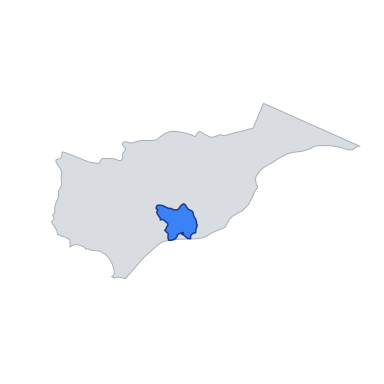 where Chaouia - Ouardigha sits in Morocco, rotated 202°
{"feature_id": "MAR-1449", "entity_name": "Chaouia - Ouardigha", "entity_type": "Region", "adm_level": 1, "iso_a3": "MAR", "parent_name": "Morocco", "parent_adm1": "", "projection": "albers", "projection_center": [-7.234, 33.091], "detail": "fine", "context": "in_parent", "style": "filled", "palette": "blue", "viewbox_px": 384, "rotation_deg": 202, "n_neighbors": 0, "source": "natural_earth", "source_scale": "10m", "svg_char_len": 4116}
<svg xmlns="http://www.w3.org/2000/svg" viewBox="0 0 384 384"><g transform="rotate(202 192 192)"><path d="M56.8,294.7L59.2,291.1L62.9,289.6L70.5,289.2L81.9,286.5L92.3,282.2L95.2,280.5L98.4,276.8L103.6,272.0L113.3,266.4L117.7,263.3L124.6,255.2L129.1,248.4L132.9,244.1L135.5,240.2L137.3,236.3L138.4,229.9L137.8,227.4L135.2,223.2L133.4,222.1L132.9,220.1L134.0,216.7L134.1,210.9L134.9,201.5L138.1,194.0L145.6,184.3L147.1,180.3L148.0,173.8L148.2,171.5L157.4,162.5L162.8,155.5L164.7,153.8L169.4,150.7L185.7,143.7L194.9,138.7L200.2,135.1L203.4,130.7L212.0,113.7L220.3,89.7L221.0,87.0L224.8,86.1L227.4,85.8L229.6,84.8L232.2,83.0L234.8,83.7L233.5,84.9L233.6,87.9L235.5,91.3L238.7,95.1L244.6,99.9L249.1,101.7L255.6,102.7L263.0,100.4L267.2,100.2L269.2,99.2L271.5,100.5L275.7,100.8L279.8,99.9L282.8,97.7L284.6,95.3L285.0,96.4L285.1,97.7L285.8,98.4L287.1,101.4L287.8,102.5L290.1,102.2L292.2,102.7L296.8,102.2L301.2,102.5L301.9,104.5L303.3,106.0L308.0,109.3L310.8,111.4L311.0,112.1L310.2,114.0L309.9,115.2L310.7,116.5L312.4,118.0L312.6,118.8L312.2,119.7L311.4,121.5L313.6,126.4L314.1,131.3L313.8,134.8L314.0,136.8L314.3,138.5L316.1,142.4L315.4,149.0L316.7,152.5L318.5,155.3L319.7,160.4L321.2,162.8L323.5,164.8L324.8,165.5L327.3,167.1L329.1,168.5L330.2,170.7L328.1,172.6L326.5,174.3L326.1,176.1L327.1,178.9L327.2,180.4L326.1,180.9L321.6,181.0L318.0,181.1L314.0,181.2L308.3,181.2L304.7,181.2L299.8,181.2L298.2,181.4L293.8,182.4L290.6,183.0L290.1,183.2L289.2,184.0L288.6,186.1L288.1,188.4L287.5,189.5L278.1,193.3L274.4,193.9L272.3,193.6L270.8,194.0L269.5,194.7L269.1,195.9L269.0,197.3L269.4,198.7L270.3,200.6L270.6,202.6L270.0,204.0L269.9,205.4L269.7,207.0L270.2,207.8L271.2,207.9L272.1,208.5L273.4,209.1L274.5,210.3L274.6,212.0L273.7,213.0L272.9,213.6L269.3,214.1L266.5,214.6L262.9,217.4L259.0,220.5L254.4,222.5L252.3,223.1L248.8,224.6L244.5,227.0L242.4,230.7L239.8,235.0L237.3,237.8L233.8,240.6L230.5,241.7L226.4,243.0L221.1,244.1L217.4,244.4L216.3,244.7L213.0,244.8L211.4,244.6L210.2,244.5L209.7,244.8L209.6,245.4L209.5,247.0L209.3,248.7L208.3,250.2L207.5,250.9L206.7,251.1L203.9,250.7L201.6,250.3L196.1,249.7L195.0,249.8L194.6,250.0L192.9,251.0L190.2,253.1L188.4,254.9L187.1,255.8L183.9,256.2L182.5,256.9L176.5,261.5L175.2,262.6L169.0,266.5L167.3,267.9L165.9,269.2L162.2,272.1L159.8,273.3L159.4,274.1L159.2,275.9L159.2,279.9L159.1,283.7L159.1,289.3L159.0,294.8L158.9,301.0L53.8,297.3L56.8,294.7Z" fill="#d9dde1" stroke="#a8b0b8" stroke-width="1"/><path d="M190.6,141.4L192.2,140.3L193.0,139.5L193.8,139.1L194.7,138.7L195.5,138.6L196.4,139.6L196.8,140.0L197.2,140.8L197.6,141.8L197.8,142.7L198.5,144.4L199.2,144.8L201.3,145.5L201.8,145.8L202.7,146.1L202.8,146.5L202.6,147.1L202.3,147.6L202.1,148.3L202.4,149.0L202.4,149.5L202.3,149.8L202.0,151.9L202.3,153.2L203.0,153.7L204.0,154.2L206.6,155.0L207.9,155.6L209.0,155.4L210.9,154.3L211.3,155.4L212.2,156.2L213.0,156.6L215.7,158.5L217.3,160.2L217.1,161.0L216.9,161.5L216.8,162.5L217.2,162.9L218.3,162.9L219.0,163.2L219.4,164.3L219.3,164.9L219.4,166.0L218.9,166.8L218.3,167.2L215.5,168.1L213.8,168.4L207.5,168.0L206.8,168.4L206.1,168.6L205.6,168.9L205.2,168.8L204.7,168.8L204.2,168.7L202.8,168.7L201.7,168.9L201.3,168.8L199.3,170.0L198.6,170.2L198.2,170.9L197.6,173.8L196.6,176.3L195.3,177.9L193.8,177.7L191.4,176.1L190.7,175.6L189.8,174.9L188.2,174.5L185.3,174.4L184.7,174.2L184.3,174.1L183.7,173.7L181.4,170.5L179.7,169.0L178.7,168.5L177.9,167.6L176.6,165.8L176.1,165.0L175.9,164.1L175.6,163.9L175.2,163.8L174.9,163.3L174.7,162.9L174.7,162.3L174.5,161.7L174.5,160.7L174.3,158.4L173.4,156.1L173.7,155.5L174.0,155.0L174.6,154.7L175.2,154.5L175.6,154.1L175.7,153.7L175.9,153.3L176.4,152.9L176.7,151.8L176.7,150.5L176.5,149.6L175.8,148.3L176.9,147.8L177.9,147.6L178.4,147.3L178.6,147.2L179.1,147.5L180.2,147.7L180.8,148.0L181.6,148.2L183.1,149.0L183.7,148.9L185.1,148.9L185.4,149.2L184.6,150.0L184.5,150.5L184.8,150.9L185.3,151.1L185.6,150.9L185.9,150.7L186.7,149.6L188.7,148.2L189.4,146.8L189.4,146.1L189.3,145.6L189.3,145.1L189.3,144.7L189.4,143.9L189.5,143.4L190.0,142.8L190.1,142.3L190.4,141.9L190.6,141.4L190.6,141.4Z" fill="#3b82f6" stroke="#1e3a8a" stroke-width="1.5"/></g></svg>